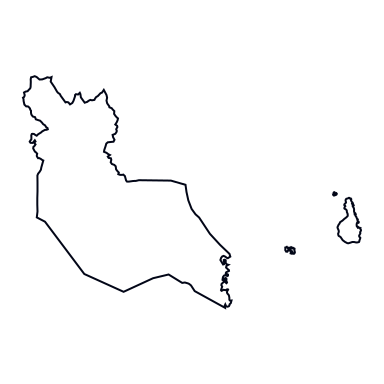 the district of Rompin, Pahang, Malaysia
{"feature_id": "92858781B70055833536426", "entity_name": "Rompin", "entity_type": "district", "adm_level": 2, "iso_a3": "MYS", "parent_name": "Malaysia", "parent_adm1": "Pahang", "projection": "robinson", "projection_center": [103.679, 2.92], "detail": "fine", "context": "isolated", "style": "outline", "palette": "ink", "viewbox_px": 384, "rotation_deg": 0, "n_neighbors": 0, "source": "geoboundaries", "source_scale": "gbopen_adm2", "svg_char_len": 5914}
<svg xmlns="http://www.w3.org/2000/svg" viewBox="0 0 384 384"><path d="M24.0,92.5L24.7,95.1L24.4,96.3L23.9,97.2L23.0,97.7L23.5,99.1L23.6,101.0L24.4,104.6L26.2,106.4L27.9,106.4L28.9,107.2L30.0,108.5L30.2,109.6L31.0,110.7L31.0,112.9L31.4,114.6L32.8,116.5L35.1,117.2L35.8,119.3L38.4,120.2L40.1,120.7L41.9,122.5L43.2,124.2L45.0,125.3L46.3,127.3L47.5,128.0L47.8,129.3L46.5,129.8L44.9,129.9L42.2,131.4L41.0,132.5L38.1,134.3L36.7,135.7L35.5,135.1L34.0,134.0L32.6,133.8L31.8,134.0L31.3,135.3L31.4,137.9L31.3,139.5L30.5,140.3L29.7,141.7L30.5,142.8L32.6,142.9L33.4,142.1L34.8,140.3L35.5,141.5L34.6,142.4L34.6,143.4L35.5,144.4L34.6,145.8L33.4,146.9L33.2,148.5L34.9,151.6L35.9,152.3L37.2,153.7L36.8,155.2L36.9,156.4L38.1,158.2L39.1,158.1L40.6,158.8L42.4,160.1L43.3,160.5L41.3,167.5L40.9,169.7L39.7,171.7L38.1,173.7L37.4,175.5L37.5,182.2L37.5,191.5L37.3,198.1L37.3,204.7L37.5,211.5L36.8,217.4L45.0,221.7L84.3,274.0L123.6,291.8L153.1,278.2L168.6,274.5L182.2,282.9L184.9,282.5L188.0,283.4L189.1,283.9L191.0,285.4L194.7,291.1L225.0,307.8L224.7,305.7L225.3,304.4L226.1,306.2L226.9,306.7L227.6,306.7L228.9,306.2L229.4,305.4L229.6,304.3L230.8,303.1L231.5,300.5L230.4,300.6L229.7,300.4L229.3,299.2L229.4,298.0L229.0,295.8L228.5,294.7L227.5,293.7L227.0,292.7L227.1,291.5L227.4,290.7L228.1,289.7L227.8,289.3L226.7,289.5L225.7,290.2L223.5,289.8L222.4,290.5L221.5,290.8L221.0,290.1L222.2,286.6L221.4,285.3L221.5,284.1L222.2,283.3L223.1,282.5L225.6,281.0L225.8,282.6L226.4,283.2L227.0,282.6L226.6,281.3L226.1,280.3L226.5,279.2L226.3,278.4L225.5,278.0L224.7,278.4L224.4,280.0L223.7,280.7L222.5,279.9L222.8,277.9L223.1,276.8L224.0,275.6L225.0,275.2L226.3,275.7L227.5,276.0L228.0,275.6L228.0,274.6L227.5,274.2L226.9,274.1L225.8,273.5L225.9,272.8L226.3,272.2L229.0,270.9L228.9,270.1L228.0,269.4L226.1,267.6L226.4,265.9L228.3,264.8L227.2,264.5L225.8,263.4L225.7,261.8L225.7,260.2L224.7,259.7L223.8,260.0L223.8,261.3L224.3,262.6L224.0,264.2L223.1,264.5L220.4,260.0L221.2,257.7L222.3,256.4L223.6,255.9L225.0,256.5L227.1,258.0L227.8,258.2L230.3,256.6L229.5,253.9L220.0,244.8L209.9,233.8L199.1,217.5L195.5,214.3L191.6,208.9L188.3,200.3L186.5,192.0L185.5,184.8L170.9,180.6L138.9,180.2L135.9,180.9L133.1,181.0L128.9,181.6L127.0,181.6L126.1,180.5L124.9,176.1L123.3,174.6L122.2,174.9L120.2,174.9L118.3,174.2L118.8,172.5L117.6,171.3L116.1,169.4L115.7,166.3L114.3,164.9L111.9,164.0L110.7,162.3L111.3,159.8L110.9,158.3L108.6,157.9L107.8,156.6L109.9,155.0L108.3,154.2L106.5,152.8L104.0,151.8L104.3,149.9L105.5,146.4L106.3,143.6L107.8,142.3L113.5,141.7L114.5,139.8L113.1,137.2L112.6,134.9L115.3,133.8L116.5,132.0L116.8,130.9L116.2,129.2L117.4,127.0L117.1,125.8L115.3,124.5L116.7,122.3L117.6,120.2L118.0,118.4L116.8,117.4L115.4,115.8L114.1,113.9L114.3,111.1L112.6,109.4L111.7,108.2L109.4,107.3L109.2,106.2L107.2,103.4L106.5,100.6L107.1,97.7L106.5,95.0L103.8,89.9L102.0,92.6L100.5,93.2L97.9,96.0L96.1,97.1L95.1,98.5L94.4,99.9L92.0,100.3L90.3,99.9L88.4,100.9L87.4,101.8L84.7,102.7L80.9,97.4L80.4,94.1L79.8,92.8L78.1,94.5L75.9,94.2L75.0,95.1L75.1,96.1L73.5,100.8L72.3,103.0L70.0,104.4L68.4,102.4L66.8,102.0L65.5,102.4L60.7,95.8L59.9,94.1L58.0,92.8L57.0,91.6L54.5,87.2L50.7,81.6L51.5,77.1L49.9,77.8L47.2,77.3L45.8,78.1L42.2,79.4L39.5,79.5L36.6,77.0L34.7,76.2L32.8,76.9L31.1,77.3L30.7,79.2L30.8,81.9L30.6,87.0L30.2,88.4L28.7,89.9L27.6,91.2L25.6,91.6L24.0,92.5ZM350.3,198.8L349.9,198.5L349.7,198.0L349.0,197.8L348.5,198.0L347.9,198.4L346.3,198.8L345.7,199.7L345.6,200.3L345.6,200.8L345.9,201.9L346.0,202.4L345.7,203.0L345.0,203.6L344.4,204.3L344.3,204.8L344.3,205.1L345.1,205.7L345.3,206.1L344.9,206.4L344.6,207.5L344.3,208.1L344.5,208.6L346.0,209.5L346.6,210.2L346.8,210.8L346.9,212.2L347.6,213.7L347.6,214.3L347.8,215.0L347.6,216.1L346.3,217.4L344.2,219.0L342.6,220.5L340.1,222.2L339.5,223.6L338.6,224.7L338.1,225.9L337.7,226.6L337.5,227.4L337.7,228.2L338.6,230.3L338.8,231.3L338.7,232.2L338.1,233.8L338.4,235.3L338.7,235.9L340.1,236.7L340.7,237.2L342.7,240.2L345.1,242.0L346.3,242.6L347.2,243.1L348.2,243.3L350.0,242.8L352.3,242.0L354.1,242.0L355.8,242.4L356.9,242.5L358.4,242.2L359.0,242.0L359.3,241.4L359.4,240.6L360.2,238.4L360.3,237.8L359.3,236.7L359.1,235.9L359.4,235.1L360.3,233.5L360.3,232.9L360.1,232.2L360.4,231.6L360.8,230.9L361.0,230.2L360.8,229.6L360.3,228.9L360.0,228.3L360.3,228.0L359.7,227.7L358.2,227.8L358.3,227.1L357.8,226.7L357.3,226.9L356.8,226.3L356.6,224.9L356.8,223.4L357.1,222.8L357.6,222.6L358.2,222.9L358.6,222.7L358.8,222.1L358.5,221.6L357.6,221.2L357.4,219.9L357.8,219.6L357.6,219.1L357.0,218.8L356.3,216.8L355.9,216.5L355.5,215.7L355.7,214.8L355.1,214.7L354.7,214.5L354.6,213.9L355.2,213.7L355.4,213.4L354.3,212.3L354.0,211.1L354.1,209.9L354.0,208.7L353.8,208.3L353.7,207.8L353.2,207.1L352.9,206.4L352.7,206.2L352.7,205.6L353.0,205.6L353.3,205.4L353.4,205.2L353.6,205.2L353.5,204.9L352.5,204.4L352.3,204.2L352.1,203.7L352.9,203.4L353.5,202.9L353.1,203.0L352.5,202.6L352.4,202.4L352.0,202.1L351.5,201.4L351.0,200.2L351.3,199.2L351.0,198.7L350.7,198.8L350.3,198.8ZM290.2,247.0L289.8,247.8L290.8,251.4L290.8,252.4L290.6,253.3L291.4,253.5L291.5,253.7L292.0,253.7L291.8,253.1L292.0,252.8L291.5,251.6L291.9,251.2L292.1,251.3L292.2,251.6L293.2,253.5L293.9,253.8L294.5,253.3L294.9,252.3L294.2,249.4L294.6,248.9L294.5,248.6L293.2,247.9L293.1,248.2L292.9,248.3L292.1,248.5L292.0,248.2L292.0,247.7L291.1,247.1L290.7,247.5L290.2,247.6L290.2,247.0ZM287.5,247.8L286.8,246.8L286.2,247.1L285.6,247.7L285.3,247.7L285.4,248.7L285.3,248.9L285.3,250.2L286.2,251.7L286.4,251.7L286.6,251.3L287.4,251.6L288.0,250.4L288.8,250.5L288.6,249.1L288.2,248.6L288.6,248.1L288.4,247.7L287.5,247.8ZM335.5,193.5L334.9,193.3L334.7,192.9L334.7,192.4L334.5,192.2L333.9,192.3L333.7,192.5L333.8,192.7L334.0,192.8L334.1,193.2L334.6,193.4L334.6,193.8L334.8,194.0L334.6,194.3L333.1,194.4L333.3,195.1L334.0,195.6L335.0,195.1L335.6,195.1L336.1,194.8L336.1,194.4L336.6,194.3L336.8,193.8L336.3,193.1L336.0,193.2L335.5,193.5Z" fill="none" stroke="#020617" stroke-width="2"/></svg>